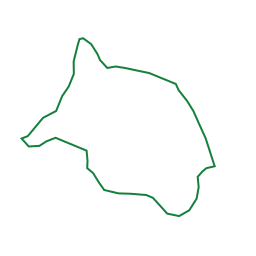 Samchon, Hwanghae-namdo, North Korea (Mercator projection), rotated 112°
{"feature_id": "82179303B40793124111890", "entity_name": "Samchon", "entity_type": "district", "adm_level": 2, "iso_a3": "PRK", "parent_name": "North Korea", "parent_adm1": "Hwanghae-namdo", "projection": "mercator", "projection_center": [125.273, 38.339], "detail": "fine", "context": "isolated", "style": "outline", "palette": "green", "viewbox_px": 256, "rotation_deg": 112, "n_neighbors": 0, "source": "geoboundaries", "source_scale": "gbopen_adm2", "svg_char_len": 798}
<svg xmlns="http://www.w3.org/2000/svg" viewBox="0 0 256 256"><g transform="rotate(112 128 128)"><path d="M131.0,33.3L108.4,52.2L97.0,64.2L87.8,73.7L80.8,83.3L73.9,95.3L69.3,100.1L69.2,109.7L69.2,114.5L69.2,116.9L69.1,128.9L71.3,140.9L73.4,152.9L75.6,162.5L80.1,169.7L75.5,179.3L70.9,184.0L64.0,193.6L63.3,196.5L61.6,203.2L63.8,206.3L70.7,205.6L86.7,203.3L98.1,198.5L111.8,198.5L123.1,201.0L139.1,201.0L150.4,210.6L173.1,217.9L177.6,222.7L182.3,213.1L177.8,203.5L171.0,198.7L164.2,191.5L164.3,181.9L164.4,169.9L164.5,157.9L173.7,153.2L180.5,150.8L182.8,143.6L189.8,134.0L194.4,126.8L192.2,112.4L187.8,100.4L183.3,86.0L183.4,78.8L188.0,69.2L192.7,59.6L190.5,47.6L181.4,40.4L167.8,37.9L156.4,40.3L147.2,45.1L140.4,42.7L135.9,40.3L131.0,33.3Z" fill="none" stroke="#15803d" stroke-width="2"/></g></svg>